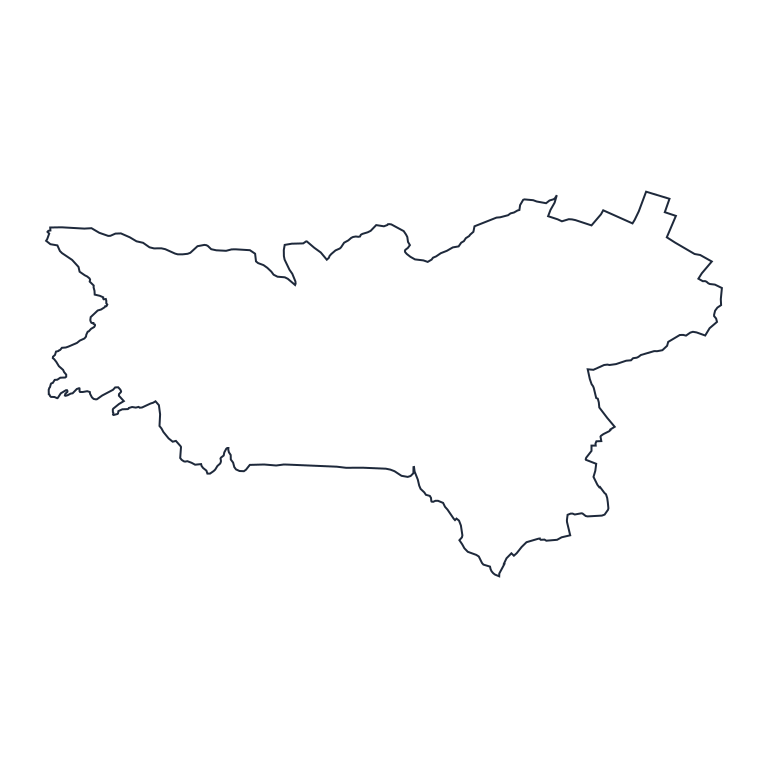 Bordesti, Vrancea, Romania (Natural Earth projection)
{"feature_id": "2599482B83174607484182", "entity_name": "Bordesti", "entity_type": "district", "adm_level": 2, "iso_a3": "ROU", "parent_name": "Romania", "parent_adm1": "Vrancea", "projection": "natural_earth1", "projection_center": [27.017, 45.546], "detail": "fine", "context": "isolated", "style": "outline", "palette": "slate", "viewbox_px": 768, "rotation_deg": 0, "n_neighbors": 0, "source": "geoboundaries", "source_scale": "gbopen_adm2", "svg_char_len": 6023}
<svg xmlns="http://www.w3.org/2000/svg" viewBox="0 0 768 768"><path d="M675.1,242.6L666.8,237.3L675.9,215.9L664.8,212.2L669.5,198.8L646.1,191.7L638.8,211.3L634.7,219.8L632.5,223.4L603.2,210.3L601.0,214.3L591.5,225.4L575.4,220.1L572.0,219.4L568.8,219.2L561.9,221.3L557.6,219.3L548.1,216.2L550.5,209.9L554.6,202.7L556.8,195.2L554.9,198.3L553.5,199.3L549.5,200.5L546.1,203.2L536.7,201.5L533.2,200.2L524.5,199.4L523.2,199.8L520.1,205.1L519.4,210.0L517.5,210.5L514.0,212.5L510.5,213.4L508.1,215.2L500.1,217.3L496.5,217.6L474.5,226.3L473.4,231.8L470.1,234.7L469.2,236.0L465.8,238.2L463.9,241.1L461.2,242.7L458.6,246.4L452.8,247.4L446.9,250.8L440.8,253.2L436.1,256.4L433.0,257.7L431.6,259.6L427.7,261.9L423.4,260.4L415.0,259.4L410.4,256.8L406.8,254.0L405.2,252.2L404.9,251.0L405.3,249.9L407.9,247.9L409.9,245.1L408.0,241.9L407.3,237.0L406.0,234.5L403.7,231.1L391.3,224.4L389.2,224.1L387.8,224.3L387.4,225.0L383.9,226.3L376.2,225.1L370.7,230.8L367.7,232.3L362.4,233.9L360.8,234.8L360.0,236.5L358.3,236.8L355.8,236.5L353.0,237.0L351.2,237.9L348.3,240.4L344.1,242.7L341.0,247.4L339.8,248.5L335.5,250.4L331.3,254.0L329.6,255.9L328.8,257.9L326.8,259.7L320.8,252.5L314.3,247.8L306.8,241.4L306.1,241.4L303.2,243.4L291.8,243.7L284.7,244.9L283.8,250.0L283.9,256.1L284.6,259.6L289.5,269.8L292.3,273.8L295.4,281.4L295.6,283.7L295.1,285.0L287.8,278.8L284.8,277.3L277.5,276.7L273.6,274.7L271.3,271.6L267.3,267.8L263.5,265.1L258.1,263.1L256.0,261.4L255.1,253.7L249.9,250.2L235.4,249.3L231.6,249.4L226.1,250.8L216.3,250.3L211.2,249.2L207.9,246.0L206.4,245.2L204.4,244.9L197.5,246.2L190.3,252.8L187.6,253.8L182.9,254.3L177.7,254.3L175.1,253.6L165.3,249.2L161.3,248.3L154.0,248.4L149.5,247.3L143.1,242.8L136.5,241.3L129.8,237.3L120.9,233.4L115.4,233.6L110.4,235.8L108.2,235.9L99.3,232.8L91.5,228.2L84.3,228.6L61.6,227.3L50.2,227.5L50.4,230.5L48.4,230.8L47.5,231.9L49.2,233.6L47.2,239.1L46.1,240.8L50.4,244.2L57.4,245.4L59.9,251.0L62.0,253.1L72.1,259.9L78.5,266.9L79.6,271.7L84.8,275.3L87.2,276.5L89.5,278.4L90.1,279.6L89.7,281.6L93.7,285.5L93.6,287.4L94.5,290.9L94.7,294.6L99.8,295.8L103.2,297.3L103.2,298.7L103.7,299.3L105.8,299.0L106.3,300.8L106.3,303.3L107.3,304.6L106.4,306.2L105.2,306.2L104.7,307.2L101.1,309.5L97.7,310.5L90.7,317.1L90.3,320.1L90.7,321.6L91.5,322.9L93.4,323.0L93.4,323.8L94.9,324.6L95.0,325.5L94.2,327.0L91.1,328.8L88.7,331.4L87.7,331.7L86.3,334.7L86.0,336.6L84.4,338.5L79.8,340.6L77.0,342.9L68.4,346.6L65.8,347.5L61.9,347.8L60.2,349.9L58.8,350.5L58.5,351.0L56.0,351.6L55.0,354.9L53.0,356.7L52.8,358.1L54.2,359.2L56.3,361.9L58.9,366.2L63.1,369.9L64.1,372.1L66.2,374.6L66.2,376.7L65.2,377.5L60.3,377.7L57.3,379.7L54.7,379.9L52.8,382.9L51.3,383.4L50.8,384.1L50.0,387.1L49.4,387.8L48.7,389.8L48.8,394.3L49.4,394.5L50.1,396.1L51.0,396.9L54.4,397.0L57.2,398.2L57.8,397.9L60.8,393.3L66.0,390.2L67.0,390.2L67.5,391.1L67.3,392.0L65.4,393.7L64.9,395.5L65.6,395.8L67.7,395.2L70.7,393.6L72.6,393.3L76.8,389.0L79.1,388.2L79.5,388.4L79.6,391.4L80.1,392.0L82.8,392.0L87.2,391.2L89.8,392.0L90.1,393.9L91.9,397.3L93.6,398.9L96.0,399.4L97.0,399.2L102.2,395.5L113.0,389.8L115.2,387.4L118.2,387.3L120.3,389.6L121.1,391.3L120.9,392.1L119.0,394.1L118.9,395.7L123.8,401.1L119.0,404.0L113.2,408.7L112.8,409.6L112.9,412.2L113.4,413.0L113.0,414.6L113.6,415.0L117.4,414.0L118.0,413.5L118.4,411.1L122.3,409.3L127.6,409.1L128.4,408.8L128.8,408.0L132.1,407.0L135.8,407.6L138.6,406.9L139.7,407.7L142.0,407.5L150.6,403.5L153.2,402.7L155.5,401.3L158.9,405.2L160.1,414.3L159.5,426.0L161.5,428.5L163.4,432.0L168.6,438.4L172.7,441.7L175.9,440.9L180.5,446.1L181.0,447.0L180.2,458.0L181.6,459.8L183.8,461.3L185.1,461.6L187.4,461.2L191.6,462.8L195.1,464.7L201.1,464.1L201.6,466.0L203.1,468.0L206.4,470.6L207.4,473.6L210.0,473.6L213.6,471.1L215.2,469.6L217.4,466.0L220.2,463.5L220.9,461.7L220.9,460.4L220.5,458.5L221.0,457.6L223.7,455.5L224.3,452.4L226.3,448.7L227.3,448.0L228.4,448.0L228.3,449.8L228.9,452.3L230.7,455.0L230.8,459.5L233.1,462.6L234.3,467.1L236.0,469.4L239.5,471.0L243.9,471.2L246.0,469.7L249.8,464.9L264.1,464.5L276.2,465.5L283.8,464.5L287.6,464.6L336.9,466.7L346.1,467.8L362.4,467.7L385.9,468.7L390.3,469.6L394.5,471.2L401.5,475.8L407.7,476.9L410.6,476.0L413.4,473.2L413.5,467.1L414.0,467.0L414.6,471.5L417.8,479.6L419.2,485.6L420.6,488.9L424.3,492.4L425.9,494.8L429.8,495.9L431.0,497.9L431.3,501.0L431.6,501.6L433.2,501.8L435.4,500.8L438.0,500.8L443.1,502.9L445.0,506.8L447.5,509.6L453.7,518.7L455.0,520.1L456.5,518.6L459.0,520.6L460.9,525.5L462.4,535.4L461.9,537.4L459.4,540.2L462.2,544.3L464.4,548.3L467.8,551.8L476.3,554.9L478.8,556.5L482.0,563.0L483.4,564.6L490.0,566.6L490.6,569.2L491.6,571.3L493.2,573.2L495.0,574.6L499.2,576.3L499.3,573.5L504.4,564.0L503.9,563.8L506.5,558.3L511.4,553.3L513.9,555.7L516.7,553.2L521.7,546.9L526.5,542.2L538.4,538.7L539.8,538.5L539.9,539.1L540.8,539.8L544.5,539.6L546.3,540.7L557.1,539.8L561.6,537.3L570.2,535.3L567.0,522.0L566.9,520.1L567.6,514.8L570.7,513.6L572.6,513.6L574.8,514.5L581.4,513.3L582.5,513.5L585.7,516.0L587.6,516.4L601.9,515.6L604.6,514.6L608.0,509.8L608.4,508.3L607.8,502.3L607.2,498.0L606.0,494.3L604.5,493.0L600.0,487.0L599.4,487.4L597.4,484.8L593.5,476.9L595.3,470.8L596.2,463.8L585.9,459.8L585.7,459.3L586.2,457.7L591.5,450.9L591.5,445.6L595.7,445.6L595.5,443.5L596.4,441.3L601.3,441.1L600.5,436.6L601.0,435.8L603.4,434.1L609.2,431.2L610.5,430.0L610.3,429.5L614.7,426.8L607.3,418.0L599.3,407.5L598.8,402.4L597.8,398.7L596.2,398.0L593.8,388.1L593.1,386.3L591.6,384.2L589.8,379.0L587.7,369.3L593.4,369.8L604.1,365.0L607.4,364.6L609.5,365.0L616.0,364.1L626.2,360.7L631.0,360.3L633.1,358.2L636.7,357.7L638.4,356.9L640.9,355.0L654.2,351.1L657.1,351.2L662.4,350.2L667.1,345.8L668.2,341.9L679.8,335.0L683.1,334.9L686.0,335.6L690.3,332.6L692.9,331.8L696.5,332.4L705.2,335.5L709.6,328.2L717.0,321.9L716.1,318.5L714.1,316.1L714.1,314.7L715.1,310.7L717.4,307.6L721.1,305.1L720.8,299.2L721.9,288.0L714.9,284.6L709.8,284.0L708.3,283.3L706.5,281.7L705.0,281.1L702.8,281.2L698.4,278.7L701.8,273.3L711.8,261.5L700.2,255.0L694.6,254.0L675.1,242.6Z" fill="none" stroke="#1e293b" stroke-width="2"/></svg>